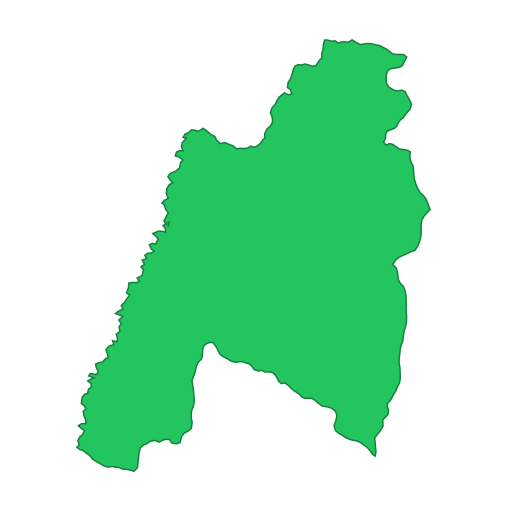 São Gotardo, Minas Gerais, Brazil, rotated 182°
{"feature_id": "56859067B79744293866938", "entity_name": "São Gotardo", "entity_type": "district", "adm_level": 2, "iso_a3": "BRA", "parent_name": "Brazil", "parent_adm1": "Minas Gerais", "projection": "natural_earth1", "projection_center": [-45.982, -19.366], "detail": "fine", "context": "isolated", "style": "filled", "palette": "green", "viewbox_px": 512, "rotation_deg": 182, "n_neighbors": 0, "source": "geoboundaries", "source_scale": "gbopen_adm2", "svg_char_len": 5131}
<svg xmlns="http://www.w3.org/2000/svg" viewBox="0 0 512 512"><g transform="rotate(182 256 256)"><path d="M112.3,460.1L115.5,462.4L119.6,462.5L122.7,462.3L126.3,462.7L128.8,464.5L132.9,467.4L136.4,468.9L139.2,470.5L143.6,471.2L147.7,472.1L152.1,472.3L155.6,471.6L159.1,470.9L162.9,472.7L167.6,475.4L171.1,472.8L174.4,473.2L178.6,472.8L181.4,471.7L184.2,473.8L188.2,473.2L191.8,474.3L194.9,474.3L196.0,469.6L196.3,464.4L197.4,460.5L197.0,456.5L199.8,453.4L202.6,448.3L206.2,447.6L210.3,448.8L213.9,449.6L217.2,448.5L220.7,448.6L223.3,447.4L225.0,444.5L226.2,439.4L227.5,434.7L229.8,431.0L230.5,425.4L227.7,423.8L225.8,419.3L229.2,418.1L233.3,420.0L235.9,417.8L238.2,415.8L240.3,412.5L242.0,408.2L245.0,405.0L246.7,399.8L245.1,396.4L244.2,393.1L244.4,389.6L246.3,386.3L249.6,383.1L251.6,378.4L251.2,374.4L253.4,372.0L255.7,368.6L258.8,365.8L261.9,364.5L265.2,365.7L267.6,363.7L272.8,362.9L275.9,363.1L279.2,362.4L282.6,365.2L286.5,366.5L291.0,368.3L295.8,367.1L299.6,370.8L301.3,374.0L305.7,376.2L309.3,379.1L313.3,381.8L317.8,378.7L321.9,379.6L325.0,379.8L327.8,376.9L331.1,375.4L333.1,372.0L329.7,371.2L333.7,366.7L334.3,362.9L332.6,358.7L335.7,358.7L339.0,357.1L340.2,353.3L336.1,352.1L332.4,349.5L334.8,346.4L335.4,341.5L339.1,338.0L344.6,335.5L346.8,332.4L344.6,329.1L341.9,326.2L345.1,324.4L347.4,320.4L347.9,315.7L345.7,310.4L349.7,308.4L351.8,305.5L349.3,303.8L348.0,299.5L345.2,296.2L347.1,292.4L349.2,287.9L347.3,285.2L350.0,283.0L347.4,280.1L347.3,276.6L350.8,277.4L354.2,277.4L357.2,276.2L360.0,274.8L356.9,272.4L354.3,269.7L356.8,264.3L359.9,265.1L363.0,263.4L360.9,259.3L357.9,257.3L361.2,255.2L364.3,255.0L367.1,252.8L365.2,249.5L369.7,247.9L367.1,243.9L370.6,241.2L368.0,238.1L369.3,232.3L374.0,229.9L371.7,226.3L374.7,225.2L377.9,225.3L382.1,224.6L382.4,219.6L384.1,214.5L380.9,212.5L383.4,209.0L386.1,204.7L388.9,201.8L387.2,198.2L391.2,196.3L394.4,193.6L390.5,192.3L386.9,191.0L390.9,187.2L388.2,183.9L390.4,180.3L389.3,175.9L392.9,173.0L391.5,168.7L392.1,165.4L396.4,166.4L394.9,162.5L399.7,160.8L402.7,157.2L400.9,152.5L400.0,149.2L402.7,148.2L405.7,144.8L408.6,144.1L412.5,142.5L411.7,138.8L409.5,134.9L411.2,132.0L414.2,132.2L417.3,132.9L419.0,130.3L413.6,128.5L417.3,126.9L419.8,125.3L416.1,122.5L416.3,119.1L418.7,117.1L419.6,112.7L422.4,112.0L424.8,108.9L425.4,102.4L422.4,100.4L420.6,97.3L423.3,94.6L422.3,90.3L420.5,86.0L420.1,82.6L424.7,82.2L427.6,80.1L424.9,77.9L421.3,75.5L423.0,71.7L425.8,69.1L427.6,65.0L425.9,61.2L428.4,58.5L425.2,56.4L422.3,55.7L419.5,53.7L415.3,50.8L412.3,47.4L408.9,45.3L405.2,43.3L400.3,40.8L396.2,39.9L392.5,40.6L388.9,40.1L385.7,39.9L382.0,38.4L378.0,38.4L373.7,37.5L370.5,36.6L367.1,40.2L366.6,46.4L366.4,51.0L365.9,56.0L364.7,60.6L361.6,63.3L358.5,64.6L355.1,67.3L350.5,68.2L346.4,66.6L343.1,68.5L340.4,69.5L336.1,69.7L333.5,66.1L329.3,65.5L325.3,67.0L324.1,72.8L321.6,76.5L318.0,78.4L314.6,81.5L314.0,87.6L315.2,92.7L315.0,98.9L313.6,103.1L312.7,107.1L312.8,110.9L313.3,115.7L314.0,120.7L314.9,125.4L315.6,129.1L314.6,132.4L312.9,137.4L311.8,144.0L309.7,148.2L307.4,150.6L306.1,153.8L306.1,157.8L305.8,162.8L303.5,165.9L299.8,167.9L296.2,168.1L293.5,165.1L291.2,161.4L289.4,157.6L286.6,155.0L283.5,153.4L280.3,151.9L276.9,150.0L272.9,149.1L269.5,149.7L265.5,150.0L262.5,148.7L259.6,148.2L256.7,146.2L253.9,142.4L250.0,141.2L246.6,141.9L243.1,140.4L239.4,140.7L235.1,140.0L232.3,137.4L230.5,134.6L229.0,131.6L226.4,129.4L222.5,130.2L219.0,127.6L216.4,125.1L213.6,122.8L210.7,121.1L208.1,119.6L205.7,117.0L203.0,115.6L199.8,115.6L195.2,115.7L191.7,113.6L188.4,110.9L184.6,108.4L179.0,107.6L175.4,106.7L171.1,103.5L169.6,99.3L170.3,94.6L172.1,89.1L170.4,84.2L167.0,81.6L163.7,79.9L160.3,77.7L155.4,75.8L149.7,74.9L145.6,73.6L141.9,71.1L138.2,68.6L135.1,65.3L132.8,62.0L130.0,60.2L129.3,64.4L129.9,69.5L130.5,74.5L131.0,78.4L128.5,82.0L125.6,85.7L123.1,90.5L123.6,96.7L120.8,99.7L118.6,102.2L118.2,106.7L119.5,109.7L119.4,113.4L116.7,116.4L115.2,119.2L113.4,123.0L111.5,126.2L109.9,130.7L108.1,134.2L107.6,139.1L107.9,145.1L108.4,150.3L109.3,154.0L109.3,159.1L108.7,165.9L108.4,169.6L107.5,172.7L106.3,176.3L106.0,180.5L105.5,185.6L104.1,190.3L103.3,195.6L103.5,202.0L104.1,208.1L104.2,212.7L104.4,217.0L104.8,222.2L106.1,227.2L107.8,230.9L110.7,233.5L112.9,237.4L113.8,243.4L115.4,249.0L119.2,252.2L116.4,256.6L113.0,259.7L110.2,261.2L106.0,263.2L101.7,265.5L97.4,267.2L94.6,271.5L92.8,277.0L91.8,282.0L91.8,287.5L92.1,292.2L91.7,297.3L89.7,301.3L87.3,304.4L83.6,308.6L86.0,314.2L87.9,318.7L90.0,321.3L93.9,324.8L97.0,329.3L99.0,334.0L100.4,338.2L101.1,342.2L101.5,347.0L102.2,351.6L104.3,355.2L105.8,360.0L105.4,365.4L108.7,367.1L112.1,367.5L116.3,367.9L120.7,370.7L123.8,372.5L126.6,372.9L130.1,371.5L132.5,374.2L130.7,378.2L130.7,382.4L129.3,385.3L125.8,386.8L122.2,388.4L119.7,390.9L118.3,394.5L116.3,397.3L113.4,399.8L110.9,403.6L107.4,407.8L105.9,413.2L108.3,417.8L110.8,421.8L112.7,425.6L116.3,426.8L120.0,425.8L122.9,426.2L125.8,427.5L129.2,429.6L131.9,433.6L132.1,441.6L131.0,445.4L128.4,447.8L123.7,448.7L119.1,449.6L116.3,451.5L114.8,454.9L112.3,460.1ZM347.3,285.2L343.7,286.8L344.7,283.1L347.3,285.2Z" fill="#22c55e" stroke="#15803d" stroke-width="1.5"/></g></svg>